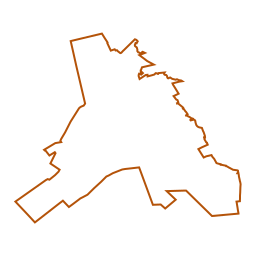 outline of Alexandria, Teleorman, Romania
{"feature_id": "2599482B3696465031488", "entity_name": "Alexandria", "entity_type": "district", "adm_level": 2, "iso_a3": "ROU", "parent_name": "Romania", "parent_adm1": "Teleorman", "projection": "robinson", "projection_center": [25.389, 43.982], "detail": "fine", "context": "isolated", "style": "outline", "palette": "amber", "viewbox_px": 256, "rotation_deg": 0, "n_neighbors": 0, "source": "geoboundaries", "source_scale": "gbopen_adm2", "svg_char_len": 3226}
<svg xmlns="http://www.w3.org/2000/svg" viewBox="0 0 256 256"><path d="M15.4,201.6L22.4,209.0L27.5,214.4L34.9,222.4L45.6,214.1L57.4,204.9L60.1,202.8L62.4,201.1L62.9,200.7L68.9,207.0L73.0,204.0L78.3,200.0L80.4,198.4L82.6,197.3L87.5,194.7L94.4,187.9L101.1,181.8L106.4,176.5L108.5,175.6L112.8,173.2L122.2,169.5L125.1,169.0L131.5,168.3L139.1,167.4L139.9,169.5L152.9,204.8L160.7,204.5L165.2,208.5L175.7,199.7L166.7,191.1L184.4,190.6L186.1,190.6L212.0,216.0L238.5,213.6L238.5,213.3L238.4,212.8L238.0,210.7L237.8,209.6L237.5,207.5L237.2,205.7L236.8,203.2L236.5,201.6L239.9,201.2L240.0,198.5L240.0,195.7L240.2,192.7L240.4,187.1L240.6,184.3L240.5,183.6L240.2,182.0L239.9,181.1L239.6,179.5L238.9,176.4L238.8,175.1L238.5,173.6L238.4,173.1L238.1,173.1L237.7,173.2L237.4,173.2L237.5,173.0L237.8,172.8L238.1,172.7L238.3,172.5L238.1,171.7L237.9,170.8L237.9,170.6L237.6,170.4L237.4,170.4L236.9,170.3L236.3,170.2L235.6,170.1L233.6,169.8L233.2,169.8L232.9,169.7L231.7,169.0L230.7,168.5L229.9,168.0L229.3,167.8L228.9,167.5L226.8,166.3L226.4,166.1L226.0,166.1L225.9,165.9L225.9,165.7L224.9,165.5L223.4,165.2L222.1,164.9L220.7,164.8L220.7,164.2L218.4,163.7L216.5,163.1L214.2,158.9L212.3,156.7L211.5,155.1L208.9,155.7L206.3,156.3L203.7,157.5L198.4,149.1L201.9,147.3L204.8,146.0L207.7,144.7L207.5,144.1L207.1,143.4L207.0,142.8L206.7,142.5L206.2,142.3L205.9,141.7L204.5,139.4L204.6,138.7L204.9,137.8L203.3,137.4L204.9,137.0L205.0,136.3L204.9,135.9L203.7,132.3L203.0,130.9L202.7,130.1L201.9,127.9L199.4,127.4L198.3,127.0L197.2,126.2L196.4,125.2L195.9,123.8L195.3,121.7L195.4,121.3L195.1,120.4L193.8,119.6L190.7,120.4L190.4,120.0L192.3,118.5L190.9,118.0L189.6,117.0L188.0,116.3L187.2,115.5L185.4,115.8L187.6,114.2L186.1,112.0L185.3,111.2L183.6,108.7L183.2,108.9L183.0,108.6L183.4,108.4L183.3,107.8L182.8,107.3L177.8,103.2L177.1,103.5L177.0,103.2L178.3,102.5L178.2,102.0L177.5,100.1L176.2,99.5L173.6,96.1L178.6,93.7L175.5,88.6L173.1,84.8L172.5,83.4L177.1,82.2L179.0,81.7L182.3,81.2L181.4,80.6L181.2,80.5L178.6,80.1L177.4,79.4L176.8,79.3L175.7,79.7L172.4,78.9L172.1,78.8L170.2,77.5L169.2,77.8L168.6,78.3L167.8,78.2L167.3,77.5L167.0,76.0L166.6,75.5L166.2,75.0L164.8,74.8L164.5,74.6L164.2,74.3L164.0,73.6L164.4,72.8L164.6,72.5L158.6,73.1L158.2,73.9L157.7,73.9L156.9,73.3L155.6,73.2L154.4,74.5L152.1,75.2L147.6,76.4L147.5,74.8L145.7,75.0L139.6,79.0L138.6,75.9L138.8,74.3L139.1,73.7L141.2,74.6L142.9,73.1L141.6,71.9L140.8,72.4L140.7,70.4L140.9,70.3L142.0,67.3L153.8,64.6L147.3,61.1L139.3,55.1L144.9,52.9L142.6,51.8L142.1,52.1L141.9,52.7L141.0,53.1L139.9,53.2L139.1,52.5L138.2,52.3L137.3,51.0L137.4,49.7L136.8,47.5L135.0,46.0L134.8,45.0L135.6,43.0L136.6,43.3L137.7,41.3L136.4,39.9L134.9,39.3L129.6,44.5L123.7,50.3L123.1,50.8L121.3,52.8L120.3,53.1L117.8,51.2L116.9,50.2L115.6,50.5L114.7,49.3L110.8,50.6L108.5,45.7L107.3,43.1L107.5,42.9L107.6,42.6L107.2,41.9L104.9,38.4L101.9,33.6L72.6,40.6L70.7,41.1L73.0,51.2L76.4,66.4L79.2,78.3L85.1,103.6L83.7,105.6L81.2,106.6L79.7,107.6L79.0,108.3L70.6,121.6L65.1,132.4L61.1,139.1L60.4,140.8L61.2,142.1L55.3,143.1L44.1,149.8L44.6,150.3L45.0,149.9L49.4,155.5L54.8,152.2L55.5,153.2L50.4,163.5L59.6,169.7L58.5,171.7L55.1,175.1L49.4,179.7L47.7,179.1L46.0,180.0L15.4,201.6Z" fill="none" stroke="#b45309" stroke-width="2"/></svg>